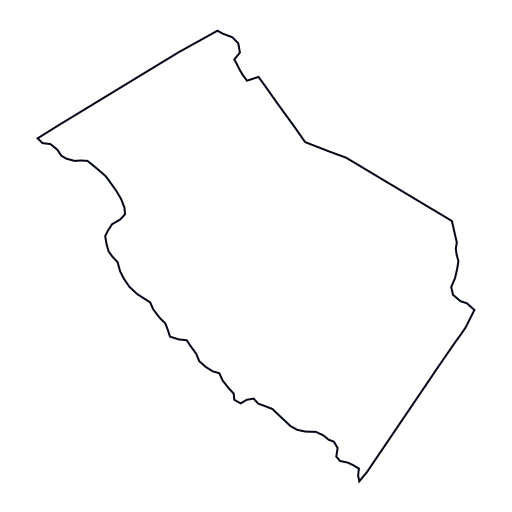 São Domingos, Bahia, Brazil
{"feature_id": "56859067B2625578868269", "entity_name": "São Domingos", "entity_type": "district", "adm_level": 2, "iso_a3": "BRA", "parent_name": "Brazil", "parent_adm1": "Bahia", "projection": "albers", "projection_center": [-39.595, -11.458], "detail": "fine", "context": "isolated", "style": "outline", "palette": "ink", "viewbox_px": 512, "rotation_deg": 0, "n_neighbors": 0, "source": "geoboundaries", "source_scale": "gbopen_adm2", "svg_char_len": 1435}
<svg xmlns="http://www.w3.org/2000/svg" viewBox="0 0 512 512"><path d="M196.1,353.6L199.3,361.2L205.4,366.7L212.6,371.3L219.3,373.2L222.8,380.8L228.6,388.1L233.7,393.6L234.3,399.8L240.7,403.4L246.7,399.8L253.6,398.6L258.3,403.7L263.7,405.6L272.4,409.0L279.1,415.4L284.9,420.8L290.5,426.1L297.3,429.9L305.6,431.6L315.9,431.9L323.4,435.4L328.6,439.7L333.9,441.7L337.6,448.0L336.3,456.6L340.1,461.0L347.8,462.6L353.1,465.1L358.9,468.6L358.1,475.6L359.3,481.3L367.0,472.0L371.0,466.1L433.8,373.4L437.5,367.9L455.4,341.9L460.2,335.4L465.7,327.3L474.4,310.0L466.9,303.3L460.5,301.2L453.0,294.8L451.2,287.1L455.0,278.2L457.2,268.7L458.4,261.2L456.6,254.6L455.8,248.6L456.8,242.5L451.9,221.0L346.1,157.7L328.7,151.3L305.1,142.1L295.2,127.9L276.8,102.6L265.9,87.1L258.5,76.9L247.0,80.7L243.0,75.3L239.9,70.2L237.1,64.6L234.3,59.5L239.9,52.6L238.3,43.4L232.4,37.3L222.6,33.6L217.5,30.7L178.7,52.2L59.3,124.8L37.6,138.3L42.5,143.1L50.5,144.1L57.4,149.8L61.4,155.8L66.5,158.7L74.5,160.9L81.3,160.5L87.5,160.9L95.5,167.4L101.5,172.5L105.8,176.3L110.9,183.3L116.4,191.0L121.3,199.4L124.5,207.8L125.0,214.3L120.2,219.5L112.1,224.2L108.0,230.5L105.2,236.1L106.5,244.0L108.6,251.4L112.3,256.5L117.6,262.2L120.1,271.3L123.8,278.6L129.4,286.8L137.2,294.1L144.6,298.8L150.2,302.4L153.1,309.1L156.7,314.0L160.2,318.4L165.4,323.5L167.6,329.3L170.0,336.6L178.7,339.4L186.8,340.3L190.3,345.7L196.1,353.6Z" fill="none" stroke="#020617" stroke-width="2"/></svg>